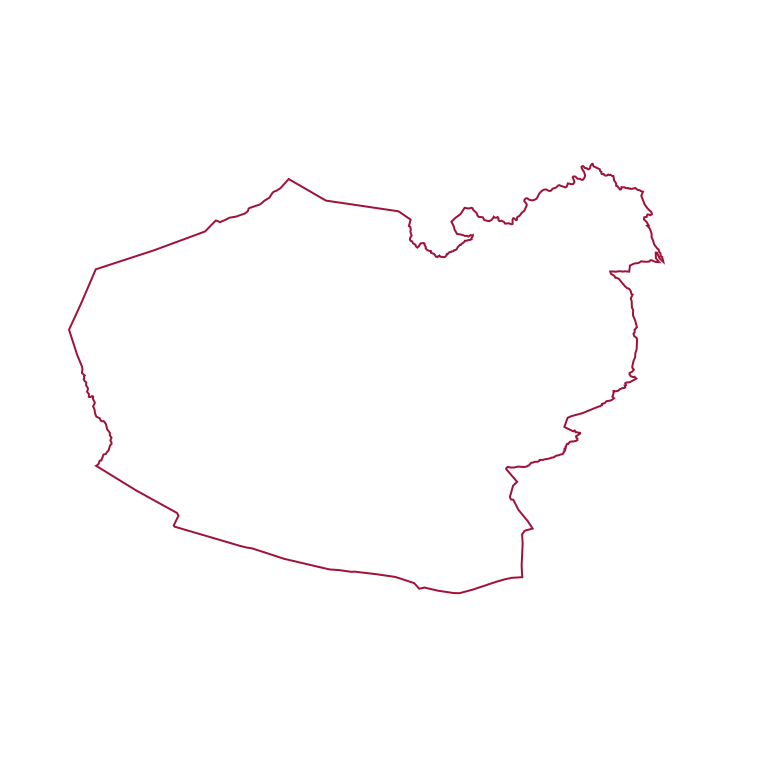 the district of Nannestad nor, Akershus, Norway, rotated 258°
{"feature_id": "86288312B57848423677588", "entity_name": "Nannestad nor", "entity_type": "district", "adm_level": 2, "iso_a3": "NOR", "parent_name": "Norway", "parent_adm1": "Akershus", "projection": "orthographic", "projection_center": [11.013, 60.226], "detail": "fine", "context": "isolated", "style": "outline", "palette": "rose", "viewbox_px": 768, "rotation_deg": 258, "n_neighbors": 0, "source": "geoboundaries", "source_scale": "gbopen_adm2", "svg_char_len": 6128}
<svg xmlns="http://www.w3.org/2000/svg" viewBox="0 0 768 768"><g transform="rotate(258 384 384)"><path d="M546.4,640.8L547.3,639.8L549.2,639.7L553.4,634.2L556.0,633.9L556.1,633.4L555.5,632.4L554.3,631.2L552.3,630.4L551.4,628.7L551.7,627.9L552.7,627.4L553.6,625.4L555.5,624.3L555.9,623.4L555.4,622.4L553.7,622.3L549.6,623.8L546.4,624.1L544.5,623.3L542.5,621.2L542.5,619.8L543.9,618.4L544.5,616.1L547.0,614.4L547.5,613.3L547.5,612.1L547.0,611.6L541.9,612.3L540.3,610.7L540.5,608.7L542.0,605.6L539.1,603.8L538.5,602.5L542.1,596.6L542.0,595.8L540.3,593.0L540.0,589.6L538.3,587.3L538.3,586.6L538.7,585.3L540.7,582.9L540.8,580.8L540.0,578.3L537.9,575.4L533.7,572.0L533.0,570.2L532.7,567.3L534.0,564.4L535.7,562.9L536.1,562.0L535.9,561.1L535.2,559.9L533.9,559.2L530.3,560.9L529.1,560.8L524.4,557.3L522.8,554.3L520.3,551.5L519.5,549.0L517.0,548.0L516.9,547.2L519.1,545.6L519.3,545.3L519.2,544.7L518.3,544.0L513.8,543.0L513.7,542.5L513.9,541.6L515.4,539.3L515.4,537.3L515.7,537.0L515.7,535.8L517.6,535.0L518.4,534.0L519.3,532.8L519.1,531.4L519.5,530.6L520.6,530.0L522.2,530.5L523.7,529.8L523.3,528.7L523.6,527.1L524.8,526.1L523.8,525.4L522.1,523.2L521.4,520.8L523.4,516.3L526.6,515.2L527.8,511.4L529.2,510.5L531.7,510.3L536.1,507.3L537.5,507.2L538.2,506.1L538.0,504.4L538.4,502.2L539.6,499.5L534.3,494.2L531.3,487.7L528.7,483.7L523.4,485.1L520.5,485.1L515.7,486.6L513.5,491.8L512.0,494.0L511.7,496.1L510.7,497.0L511.1,498.8L511.7,499.6L510.8,501.3L511.0,501.8L509.8,501.4L508.3,499.7L507.4,499.8L507.1,498.8L507.2,496.0L507.0,494.7L507.3,492.9L506.7,492.6L505.4,490.4L505.1,489.1L504.0,488.0L504.2,487.1L502.6,484.7L500.6,482.9L500.2,481.7L500.4,480.7L499.5,479.5L499.6,478.1L499.2,476.6L499.4,476.2L499.1,475.0L497.8,473.2L498.1,472.8L497.9,472.3L496.7,471.7L495.5,470.0L495.5,469.4L496.9,465.4L498.1,464.9L497.2,462.9L497.5,462.9L497.4,462.4L497.7,461.3L500.8,460.1L502.5,457.3L504.3,457.5L504.9,455.7L506.3,453.9L508.4,452.9L509.5,453.4L511.8,452.5L512.9,452.9L513.4,452.3L513.8,451.2L513.9,448.9L511.4,446.7L510.5,445.0L512.1,443.8L513.7,443.7L515.6,441.6L517.5,441.3L518.6,439.7L519.9,439.4L521.7,440.1L523.4,441.9L527.5,441.4L529.1,442.3L532.2,442.4L533.3,441.2L539.3,444.2L549.9,434.1L575.5,365.3L604.3,333.4L597.1,323.5L595.4,319.0L595.0,316.1L594.0,314.5L590.1,310.7L588.1,305.0L586.6,302.5L585.2,299.3L585.1,296.9L584.1,289.0L583.5,287.9L581.5,286.8L579.8,283.8L578.5,274.2L578.8,267.2L577.6,263.3L576.4,257.1L578.2,254.9L578.8,253.3L570.4,240.7L562.6,186.8L556.1,125.9L525.8,104.5L502.6,87.2L476.4,89.9L464.0,92.2L461.1,92.1L457.6,90.8L454.5,93.1L453.6,92.1L452.1,92.1L451.1,91.2L449.3,91.7L447.4,93.1L444.6,92.3L441.6,93.5L440.2,93.2L438.2,91.9L435.4,93.3L433.1,92.6L432.5,92.9L432.3,94.2L432.9,95.9L432.2,96.9L430.2,96.2L425.7,97.3L422.6,94.8L419.4,95.5L414.9,95.3L411.8,95.9L409.6,98.8L407.1,99.3L406.0,100.7L406.0,101.9L405.3,102.6L402.4,103.7L397.3,103.8L393.3,105.7L391.0,105.1L388.1,106.3L385.8,104.6L383.4,105.3L382.0,105.0L380.9,103.3L376.3,100.8L374.9,98.7L373.4,97.4L373.3,95.0L368.0,91.6L368.2,90.5L367.6,89.5L366.0,88.9L364.5,87.3L363.8,85.4L330.9,120.0L300.9,154.7L297.9,155.6L289.3,148.9L288.0,149.5L255.8,209.1L252.7,215.4L250.6,220.9L233.7,250.1L216.6,286.4L213.8,292.6L211.5,300.8L207.0,313.2L206.6,316.1L199.4,337.4L192.9,355.0L183.0,372.1L176.4,375.9L176.5,381.2L170.7,393.6L165.1,408.5L163.7,414.1L164.4,427.8L167.1,451.7L167.8,461.0L167.9,465.5L167.7,466.4L168.0,467.6L166.3,479.1L177.5,480.8L198.9,486.4L208.1,487.8L211.2,491.0L211.7,499.3L219.8,496.2L233.0,489.3L243.9,486.4L244.6,484.3L247.2,483.6L257.7,489.1L260.6,493.9L275.2,485.9L276.0,485.9L277.2,487.6L275.9,490.7L275.3,493.7L275.3,498.3L273.6,503.9L273.7,507.0L274.2,507.7L274.2,508.8L276.3,511.6L276.2,513.7L276.6,514.9L276.0,518.2L276.5,519.7L277.3,520.3L276.7,524.1L276.9,524.9L276.7,530.4L277.1,532.3L277.0,535.2L277.9,536.8L278.1,539.0L277.9,540.3L278.3,541.6L278.3,544.0L278.6,544.8L280.0,545.4L280.3,546.2L281.0,546.4L281.2,547.2L282.8,546.9L283.2,547.6L282.9,547.9L283.7,548.5L284.9,548.5L285.0,549.0L287.2,550.3L287.4,550.9L287.0,551.6L288.8,553.8L288.7,556.3L288.4,556.9L288.5,560.5L288.9,561.5L290.4,561.8L290.9,561.2L292.8,560.9L294.8,565.6L295.5,565.6L296.0,563.8L296.9,562.5L297.0,561.4L298.9,560.8L298.4,559.2L304.5,551.5L312.8,556.6L313.6,560.7L314.2,571.8L317.3,589.0L317.3,590.8L317.9,591.7L317.9,592.9L319.2,593.1L319.4,595.8L320.9,598.0L320.8,601.3L320.6,601.9L321.0,603.2L322.2,606.1L324.2,604.8L326.9,606.5L329.5,607.0L329.5,607.7L328.7,608.2L328.7,611.5L329.8,613.5L330.4,616.2L330.2,618.5L330.5,619.2L332.3,619.1L332.1,619.9L332.5,620.5L334.6,620.1L335.0,621.1L334.7,625.0L336.8,631.9L339.0,630.5L339.0,629.2L340.1,627.2L342.3,626.1L343.7,626.5L344.4,629.2L346.1,631.4L348.2,630.3L349.8,630.6L354.9,633.0L358.1,635.3L361.7,636.2L365.4,638.3L374.7,640.8L376.2,640.8L379.1,638.6L381.4,638.5L382.4,639.9L384.9,640.4L387.0,643.2L393.9,642.9L399.5,641.8L404.6,643.1L407.3,642.4L413.6,643.5L416.4,643.2L419.8,645.8L420.6,644.7L423.3,644.7L426.1,643.7L427.1,641.9L429.0,640.3L437.8,635.7L439.4,633.9L439.8,632.4L441.9,631.8L444.4,629.0L447.0,628.7L446.5,631.4L445.7,633.6L445.3,638.2L444.5,640.3L444.2,641.7L444.2,642.9L442.9,647.2L448.7,649.2L449.6,652.8L449.8,654.6L449.4,657.2L449.7,658.9L450.6,661.1L450.1,662.0L448.9,666.5L448.7,669.2L449.6,670.3L449.5,671.4L447.0,674.9L446.0,678.4L450.5,676.1L456.0,677.1L455.7,678.3L449.3,679.8L445.4,682.6L450.4,682.5L451.4,681.3L454.6,681.6L455.7,680.7L458.4,680.6L460.0,679.3L464.4,677.3L468.7,677.0L471.8,676.2L475.1,677.0L479.7,676.5L481.4,676.0L484.0,674.4L483.9,675.9L487.8,674.6L491.0,672.5L493.0,673.2L492.8,675.6L495.0,676.9L494.8,678.0L493.7,679.6L494.3,681.4L496.6,681.2L500.9,678.3L505.4,676.3L514.6,674.8L518.2,677.3L519.4,675.2L520.2,674.7L521.2,672.4L523.5,670.5L523.3,667.3L523.5,666.2L524.1,665.4L524.0,664.5L525.0,663.5L524.8,662.9L525.5,660.9L526.4,660.2L526.6,658.9L527.2,657.3L525.5,656.7L525.1,656.0L525.2,655.2L529.0,653.4L529.6,652.3L531.8,652.8L535.4,651.4L539.7,651.6L540.1,650.4L541.6,649.0L541.4,648.2L542.3,646.8L541.7,645.9L541.7,644.0L542.5,643.0L543.8,642.5L544.1,640.7L545.4,640.4L546.4,640.8Z" fill="none" stroke="#9f1239" stroke-width="2"/></g></svg>